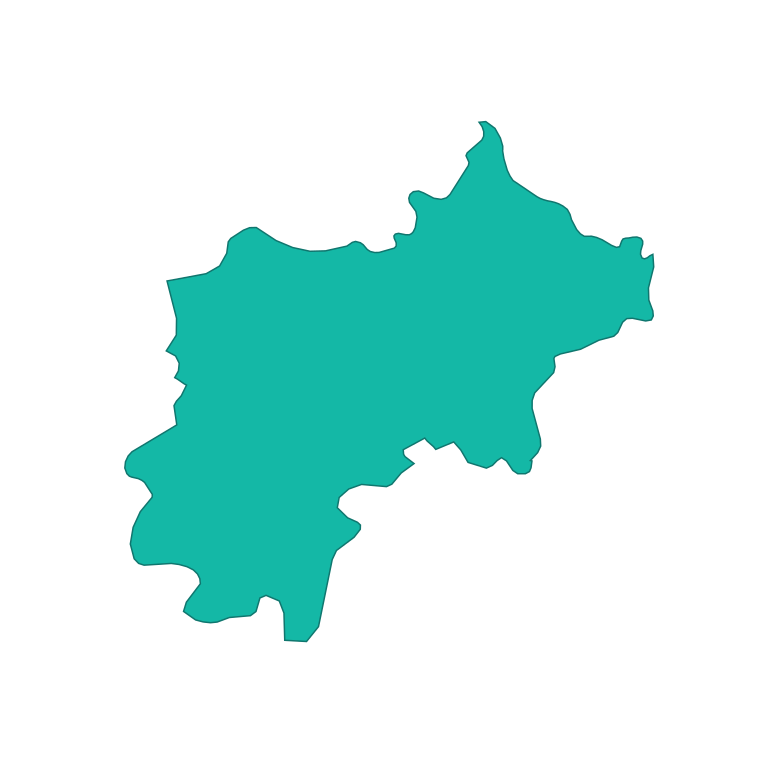 outline of Loir-et-Cher, rotated 107°
{"feature_id": "FRA-5314", "entity_name": "Loir-et-Cher", "entity_type": "Metropolitan department", "adm_level": 1, "iso_a3": "FRA", "parent_name": "France", "parent_adm1": "", "projection": "mercator", "projection_center": [1.32, 47.658], "detail": "fine", "context": "isolated", "style": "filled", "palette": "teal", "viewbox_px": 768, "rotation_deg": 107, "n_neighbors": 0, "source": "natural_earth", "source_scale": "10m", "svg_char_len": 2799}
<svg xmlns="http://www.w3.org/2000/svg" viewBox="0 0 768 768"><g transform="rotate(107 384 384)"><path d="M522.5,605.2L483.7,570.2L466.1,578.5L461.2,577.5L454.5,574.4L442.8,572.5L442.2,575.4L439.7,583.1L439.1,586.0L431.6,584.4L424.0,585.9L418.1,591.5L416.0,601.9L398.0,596.9L381.8,601.6L348.9,621.6L330.5,586.3L319.2,575.7L305.0,572.6L293.6,574.5L289.6,573.1L278.0,563.4L273.8,558.2L271.7,551.9L278.4,529.1L280.2,511.2L278.7,493.5L273.8,478.9L263.0,459.8L257.8,455.7L256.0,452.9L255.8,447.9L256.9,444.6L260.3,439.3L261.3,435.8L261.0,431.3L259.6,427.1L251.0,413.8L248.5,412.7L245.4,413.6L241.5,416.9L239.5,417.8L237.3,417.0L235.7,414.2L234.9,406.7L233.9,403.4L232.1,401.6L229.9,400.5L225.4,399.8L214.8,401.2L209.6,404.0L202.9,412.7L199.1,414.6L195.1,414.5L191.5,412.2L189.3,407.3L189.7,402.0L191.8,390.7L190.7,383.3L187.7,378.7L183.5,376.3L150.4,367.2L147.2,367.5L141.7,372.3L138.6,372.0L122.2,361.8L118.0,361.1L113.5,362.4L109.2,365.4L105.9,369.6L103.3,363.4L107.1,352.6L114.8,344.6L121.8,340.0L125.4,338.9L126.2,338.8L133.7,335.1L143.6,328.6L148.3,324.3L151.7,320.1L160.2,292.4L160.9,288.8L161.1,285.2L161.0,281.1L160.6,277.5L160.4,273.7L160.6,269.6L161.5,264.9L163.5,259.7L167.4,255.7L172.1,252.7L180.0,244.9L183.0,240.1L184.2,235.6L182.0,228.7L181.7,223.5L182.3,217.5L184.9,206.9L185.4,201.7L183.8,198.8L177.9,198.5L175.4,197.8L173.9,195.5L172.8,192.6L170.9,189.0L169.5,185.1L169.6,180.9L171.7,178.4L174.6,177.5L181.5,177.4L185.0,176.6L188.1,174.0L188.1,171.4L186.3,169.1L183.6,167.2L181.4,164.8L193.2,160.3L214.8,159.2L226.3,155.3L235.5,148.3L240.2,146.4L244.6,147.1L247.2,152.2L248.5,165.7L250.5,171.0L255.2,173.9L266.4,175.5L271.1,178.2L279.3,191.3L293.3,206.2L303.7,224.1L307.7,228.6L309.9,229.0L317.5,225.5L323.5,225.1L348.4,237.3L356.4,237.5L364.1,235.2L390.9,218.4L397.6,216.0L404.7,217.0L414.4,221.6L414.3,220.0L421.2,218.9L425.2,219.3L428.5,222.6L430.7,229.9L429.0,235.5L421.7,244.4L420.1,250.1L424.1,253.4L430.1,256.5L434.5,261.5L434.4,280.7L424.6,291.3L419.0,300.4L431.4,315.4L429.4,318.4L425.9,326.1L423.8,329.2L441.2,346.4L445.5,344.7L447.3,342.7L451.3,332.0L464.0,341.5L477.5,347.2L481.4,351.6L486.6,376.1L494.7,387.0L505.6,393.7L516.0,392.5L522.6,379.7L524.0,368.9L525.8,365.3L529.9,364.2L539.3,367.8L557.1,380.8L567.0,382.2L635.2,375.7L652.9,382.8L658.1,404.0L632.3,412.7L622.1,420.7L620.6,435.0L624.9,440.1L639.0,439.9L644.6,444.0L652.5,463.6L660.4,473.9L663.0,480.1L664.4,487.4L664.7,495.2L660.1,509.2L650.4,509.2L628.7,501.2L624.0,503.2L620.2,506.8L617.5,512.0L616.3,519.0L616.5,527.2L617.8,535.0L627.4,560.5L627.3,566.2L624.2,571.8L611.2,579.8L594.4,582.0L577.3,579.7L560.1,572.6L557.3,573.3L548.1,584.2L546.9,587.4L546.3,591.3L546.8,598.0L546.6,600.6L544.9,603.7L540.1,607.3L533.9,608.5L527.6,607.6L522.5,605.2Z" fill="#14b8a6" stroke="#0f766e" stroke-width="1.5"/></g></svg>